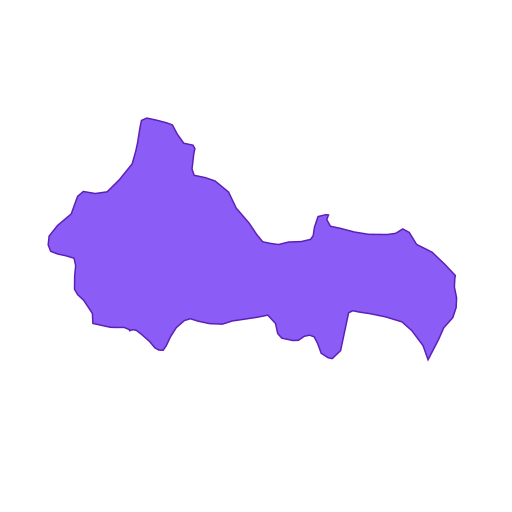 the Statistical Region of Kratovo, rotated 12°
{"feature_id": "MKD-2940", "entity_name": "Kratovo", "entity_type": "Statistical Region", "adm_level": 1, "iso_a3": "MKD", "parent_name": "North Macedonia", "parent_adm1": "", "projection": "albers", "projection_center": [22.124, 42.077], "detail": "fine", "context": "isolated", "style": "filled", "palette": "violet", "viewbox_px": 512, "rotation_deg": 12, "n_neighbors": 0, "source": "natural_earth", "source_scale": "10m", "svg_char_len": 1628}
<svg xmlns="http://www.w3.org/2000/svg" viewBox="0 0 512 512"><g transform="rotate(12 256 256)"><path d="M445.9,321.7L438.0,308.9L423.9,296.6L412.5,290.1L395.2,288.6L379.5,288.7L368.2,289.4L362.1,289.4L358.4,292.3L358.4,314.2L358.4,331.0L351.9,340.5L347.6,340.5L340.0,337.6L334.5,328.8L329.7,323.0L324.9,322.3L319.9,324.5L315.1,329.6L309.7,331.0L298.3,331.0L293.4,327.4L289.1,317.9L279.8,311.4L269.6,315.8L246.3,324.5L237.4,329.6L224.8,331.8L213.0,331.8L204.9,331.0L199.4,334.0L192.9,342.7L189.1,352.9L186.9,362.4L184.8,367.5L180.4,368.2L176.1,366.8L169.6,361.7L160.4,356.5L154.4,353.6L151.1,353.6L147.9,355.3L147.6,354.4L141.8,353.3L134.5,354.9L128.5,356.0L122.9,356.0L115.6,355.9L110.5,355.9L107.9,346.2L96.6,335.1L89.7,331.0L85.4,326.3L82.8,313.4L81.6,302.9L78.5,296.0L69.8,295.3L61.7,295.3L54.2,294.1L50.4,288.3L49.5,279.5L55.6,267.3L66.5,253.3L69.1,234.7L72.7,230.1L73.6,228.8L85.8,228.3L97.0,224.2L106.6,209.6L115.7,191.6L116.6,178.1L116.6,169.4L115.8,154.2L115.8,147.2L120.5,143.8L130.1,143.8L140.9,144.3L147.0,145.2L153.6,153.1L161.9,160.7L171.3,160.7L173.9,163.7L173.9,168.9L175.3,184.1L178.7,189.9L190.0,189.9L200.3,191.1L215.9,199.2L226.7,213.3L242.7,225.5L252.3,234.9L259.6,240.7L267.4,240.7L275.6,240.1L285.1,235.5L297.2,232.5L305.9,228.4L307.7,224.3L307.2,215.6L308.5,204.5L315.9,201.0L318.4,200.8L317.6,205.6L322.6,211.4L332.8,211.4L346.9,212.1L361.5,211.4L379.9,207.7L387.9,204.8L393.9,199.0L401.0,201.1L410.7,211.3L427.5,215.7L442.7,225.1L455.1,233.7L455.1,236.2L456.5,245.1L460.9,255.2L462.5,264.8L461.3,275.4L454.6,287.1L451.9,299.9L445.9,321.7Z" fill="#8b5cf6" stroke="#5b21b6" stroke-width="1.5"/></g></svg>